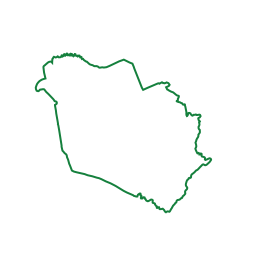 the district of Tanjung Jabung Barat, Jambi, Indonesia, rotated 249°
{"feature_id": "22746128B97653119007289", "entity_name": "Tanjung Jabung Barat", "entity_type": "district", "adm_level": 2, "iso_a3": "IDN", "parent_name": "Indonesia", "parent_adm1": "Jambi", "projection": "orthographic", "projection_center": [103.17, -1.093], "detail": "fine", "context": "isolated", "style": "outline", "palette": "green", "viewbox_px": 256, "rotation_deg": 249, "n_neighbors": 0, "source": "geoboundaries", "source_scale": "gbopen_adm2", "svg_char_len": 5756}
<svg xmlns="http://www.w3.org/2000/svg" viewBox="0 0 256 256"><g transform="rotate(249 128 128)"><path d="M146.6,181.2L148.2,179.8L149.4,179.0L149.8,178.5L150.1,178.4L152.4,178.2L152.6,181.1L153.4,182.3L155.4,181.8L156.7,180.4L156.6,179.4L156.6,178.2L157.2,177.5L157.3,176.9L158.3,176.3L158.5,176.1L158.2,173.9L158.1,173.2L158.7,172.8L158.9,171.7L158.5,160.9L158.2,155.8L160.6,155.4L181.2,155.2L183.0,155.3L186.5,155.2L188.5,153.0L193.3,148.6L193.4,143.6L192.6,133.2L192.5,130.4L192.5,129.6L193.1,127.1L193.6,126.3L194.0,125.3L194.4,123.3L194.8,122.7L195.2,122.4L195.8,122.1L196.4,121.7L196.7,121.2L197.2,120.5L197.5,119.4L197.9,118.6L199.3,117.5L200.2,116.2L201.3,115.0L204.7,113.3L205.0,112.8L205.3,112.5L207.4,111.1L208.7,110.8L209.1,110.4L209.0,109.7L210.3,109.5L211.0,109.9L211.5,109.4L211.4,108.7L212.2,108.7L212.4,108.0L212.9,107.9L213.2,108.1L213.6,107.1L213.5,106.8L213.1,106.4L214.0,105.8L214.0,105.5L214.3,105.2L214.6,105.3L215.3,105.2L215.8,105.3L216.0,105.0L216.1,104.8L215.4,104.3L214.9,104.3L214.8,104.2L214.7,103.8L214.8,103.6L215.3,103.2L214.9,102.7L215.9,102.5L216.0,102.0L215.8,101.6L216.1,101.4L216.3,101.5L216.5,102.2L217.0,102.2L217.4,101.8L217.6,101.2L217.9,101.0L217.9,100.8L217.6,100.7L217.4,100.7L217.0,101.0L216.7,101.0L216.4,100.7L216.3,100.4L216.4,100.1L216.7,100.1L217.3,100.3L217.5,100.0L217.2,99.3L216.9,99.1L217.1,98.8L217.7,98.7L217.8,98.3L217.6,98.0L217.6,97.8L218.1,97.7L219.0,98.0L219.2,97.9L219.4,97.7L219.3,97.3L219.1,97.2L218.8,97.1L218.4,97.3L218.2,97.1L218.3,96.2L218.0,95.2L218.4,95.0L218.8,95.4L219.3,95.4L219.6,95.3L219.8,95.0L219.8,94.8L219.5,94.4L219.4,94.4L218.8,94.6L218.5,93.9L218.2,92.6L218.6,92.5L219.1,92.6L219.4,92.5L219.6,92.1L219.5,91.9L219.2,91.8L218.7,91.7L218.3,90.7L218.4,89.9L218.8,88.7L219.0,88.5L219.9,88.2L220.1,88.0L220.0,87.7L219.7,86.9L219.8,85.7L221.0,84.4L220.7,83.7L219.6,82.5L219.4,82.0L219.0,81.9L216.7,80.8L216.2,80.6L216.7,80.4L217.4,80.3L217.7,79.7L218.0,78.2L217.9,77.1L217.7,76.4L216.6,73.4L216.4,73.0L216.2,72.2L215.9,71.5L215.4,71.0L214.6,70.7L209.8,69.5L203.8,68.7L204.0,66.8L204.0,64.7L203.5,62.2L202.6,60.3L201.6,58.8L200.3,57.6L198.8,56.4L197.3,56.0L195.5,56.1L194.7,57.1L194.5,57.6L194.6,58.1L195.3,59.5L195.3,59.8L195.1,60.5L194.8,62.1L194.6,62.8L194.1,63.6L193.6,63.8L191.1,64.5L188.2,65.9L181.7,68.6L179.9,69.1L179.4,69.1L178.4,70.4L178.0,70.6L177.6,70.7L176.8,70.5L176.2,70.0L175.7,68.4L175.7,68.1L175.2,67.9L170.3,67.0L167.2,66.2L159.0,64.6L157.1,64.2L156.6,63.9L155.5,63.9L150.4,62.9L135.4,59.7L134.4,59.3L133.8,59.2L130.3,58.7L129.2,59.2L127.3,59.8L125.6,60.8L124.5,61.0L122.5,60.6L120.6,60.7L119.6,60.7L115.7,60.3L113.9,60.4L108.4,60.4L107.7,61.0L106.7,61.9L104.9,64.4L100.5,71.0L99.5,72.1L98.3,73.5L95.7,77.4L92.8,81.1L91.6,82.9L89.7,84.9L86.1,88.2L82.6,91.9L78.3,95.7L70.9,101.4L68.2,103.8L63.9,108.2L63.4,108.7L62.6,109.1L61.0,111.2L60.7,112.2L61.3,112.6L62.1,113.4L62.3,114.0L62.1,114.4L62.5,114.8L62.6,115.5L62.5,115.8L62.3,116.1L62.0,116.1L61.4,115.6L60.6,115.7L60.6,116.0L60.0,116.2L58.0,114.9L57.5,115.0L57.1,116.0L57.5,116.7L57.8,116.8L57.9,117.2L57.7,117.9L57.2,118.6L56.8,118.6L56.1,118.3L55.3,118.9L54.9,118.9L53.9,119.0L53.4,119.3L52.5,120.3L52.5,121.4L52.9,123.4L52.9,123.9L52.6,124.6L52.3,124.8L51.7,125.2L51.3,125.1L50.4,124.6L49.7,124.3L49.3,124.3L48.2,125.7L47.8,126.0L47.4,126.0L47.0,125.8L44.9,126.4L44.6,126.8L44.1,126.9L43.3,126.3L43.0,126.4L42.9,126.6L43.0,128.5L42.6,128.6L41.8,128.4L41.2,128.4L40.8,128.7L40.4,130.0L40.2,131.5L39.8,131.7L38.5,132.3L36.7,132.6L35.8,133.2L35.9,133.4L36.0,134.8L35.9,135.3L35.0,136.6L35.1,137.0L35.5,137.6L36.8,139.1L37.3,139.9L39.2,142.1L39.7,143.0L40.1,144.1L40.9,145.1L41.2,146.4L42.3,147.1L42.6,147.4L42.8,147.7L43.0,148.5L42.7,149.9L42.7,150.7L43.5,152.8L43.4,153.5L43.6,153.7L44.2,154.2L44.6,154.6L45.2,156.4L45.6,157.0L45.9,157.6L46.1,157.9L46.6,158.1L47.7,158.3L48.0,158.4L48.4,158.7L49.0,159.3L49.7,161.0L50.5,161.7L51.0,161.9L51.4,161.9L52.5,161.6L53.0,161.5L53.8,161.5L54.4,161.7L55.2,162.1L57.3,163.7L58.2,164.7L58.4,165.3L58.5,166.0L59.2,166.5L59.4,166.8L59.4,167.5L59.1,168.4L59.2,168.9L59.5,169.2L60.9,169.9L61.5,170.4L61.9,171.1L62.4,172.9L62.9,174.3L63.9,176.2L64.1,178.0L64.7,179.3L65.5,180.9L67.1,184.4L67.1,184.9L67.0,185.4L65.8,186.4L65.5,187.0L65.5,188.1L66.0,189.5L67.0,192.0L68.2,193.8L68.6,194.2L69.2,194.3L69.8,194.1L70.1,193.8L70.5,193.2L70.5,191.9L70.4,190.9L70.4,189.4L70.4,188.9L70.7,188.7L71.0,188.5L72.3,189.1L72.9,189.1L73.1,189.0L73.7,188.5L74.9,186.8L75.4,186.7L76.3,186.9L77.2,187.4L77.5,187.4L77.9,187.1L78.1,186.9L78.1,186.6L77.5,185.6L77.7,185.1L78.7,185.4L79.3,185.1L79.5,184.9L79.5,184.6L79.4,183.8L79.5,183.7L80.3,183.6L83.1,183.4L84.6,183.5L85.6,184.6L86.2,185.1L87.5,185.5L88.8,185.7L89.5,185.7L90.2,185.8L91.2,186.8L92.5,187.7L93.5,188.8L94.3,190.0L95.2,190.8L96.5,191.3L96.8,191.7L97.8,193.2L98.3,193.6L100.4,194.3L100.7,194.3L101.3,193.9L102.3,193.8L103.7,194.2L104.7,195.3L105.4,195.8L106.0,196.1L107.6,196.3L108.0,196.5L108.1,197.2L108.4,197.5L109.5,197.0L110.2,196.8L111.7,197.0L112.1,197.4L112.2,198.7L112.4,199.1L113.1,200.0L113.9,200.0L114.5,199.9L114.7,199.7L114.9,199.3L115.3,197.4L115.5,196.8L116.3,196.2L116.3,195.2L116.8,194.1L116.8,193.7L116.5,193.3L116.4,192.7L116.9,192.1L117.6,191.8L118.5,191.6L118.9,191.4L119.2,191.5L119.9,191.0L120.2,190.4L120.3,189.8L120.0,189.3L118.8,188.6L118.0,187.5L118.0,187.3L119.1,187.2L120.2,187.5L121.8,188.2L127.5,189.2L128.5,189.2L129.3,189.5L129.6,189.5L129.8,189.3L129.9,189.1L129.9,188.1L130.0,187.9L130.4,187.6L131.6,187.4L132.6,186.3L133.4,185.7L134.2,184.4L135.3,183.2L135.6,183.1L135.8,183.3L135.7,183.9L135.8,184.3L136.2,184.6L137.2,184.9L138.6,186.4L139.3,186.8L139.5,186.9L139.8,186.8L140.1,186.5L140.6,185.8L141.1,185.2L145.0,183.0L146.6,181.2Z" fill="none" stroke="#15803d" stroke-width="2"/></g></svg>